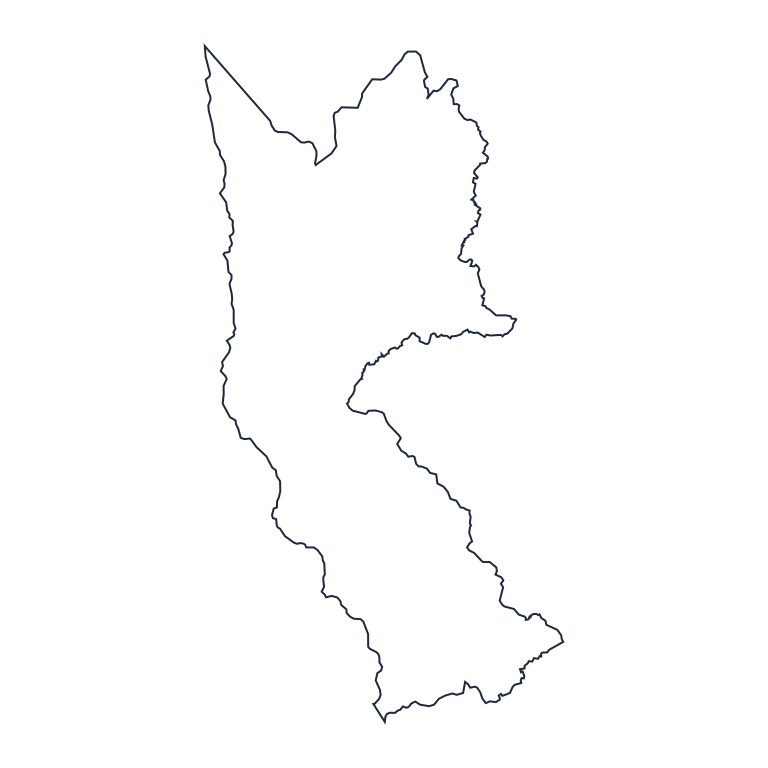 outline of Belmira, Antioquia, Colombia
{"feature_id": "7082276B19513801384430", "entity_name": "Belmira", "entity_type": "district", "adm_level": 2, "iso_a3": "COL", "parent_name": "Colombia", "parent_adm1": "Antioquia", "projection": "albers", "projection_center": [-75.634, 6.646], "detail": "fine", "context": "isolated", "style": "outline", "palette": "slate", "viewbox_px": 768, "rotation_deg": 0, "n_neighbors": 0, "source": "geoboundaries", "source_scale": "gbopen_adm2", "svg_char_len": 6089}
<svg xmlns="http://www.w3.org/2000/svg" viewBox="0 0 768 768"><path d="M373.4,704.0L384.8,721.9L385.4,716.6L387.1,713.8L390.2,712.7L395.1,712.9L397.1,711.0L400.3,709.7L402.9,706.4L406.4,707.8L408.8,706.7L411.5,703.4L415.3,701.6L420.2,704.7L429.3,706.2L434.1,704.6L439.0,698.7L445.4,695.5L452.4,693.5L456.7,694.8L463.1,693.0L465.1,681.9L468.2,684.4L470.2,687.7L475.0,686.7L477.1,687.6L480.2,692.2L482.4,698.5L485.7,703.1L490.1,701.3L495.9,702.1L499.7,699.7L499.9,698.2L498.7,695.6L499.3,695.0L501.1,694.0L502.3,695.8L503.2,695.6L510.0,692.9L512.6,686.9L514.8,684.8L521.3,683.0L520.7,680.4L521.4,678.6L521.8,678.0L523.8,678.4L524.3,676.3L522.9,672.0L522.3,671.4L521.1,672.3L520.0,669.2L524.5,668.5L524.7,665.6L527.8,663.3L528.7,661.2L532.1,661.6L534.0,658.1L538.0,658.8L539.6,656.1L541.2,656.5L541.1,653.8L542.3,652.6L547.2,652.4L549.3,649.7L563.2,641.9L561.8,639.3L561.2,635.3L557.4,629.9L546.3,624.8L545.5,620.8L541.4,618.1L539.5,614.4L538.2,615.1L536.6,614.0L533.6,614.0L531.2,615.2L530.6,617.2L529.5,616.6L528.6,619.3L525.8,619.9L525.7,617.7L524.5,616.5L518.8,614.6L514.0,609.0L504.5,606.5L502.4,604.9L499.7,600.7L503.1,587.2L500.9,583.7L503.3,580.5L501.5,577.4L495.5,574.6L496.9,571.2L496.3,567.4L489.7,562.0L483.4,562.1L482.0,561.3L474.1,552.9L469.0,550.3L467.1,547.4L469.6,543.3L472.1,541.5L469.2,532.9L469.9,527.3L471.0,525.3L469.9,523.7L470.6,516.5L469.5,513.8L469.6,510.5L466.0,509.5L463.6,507.8L460.6,507.5L456.4,500.7L450.4,498.8L448.0,492.2L443.6,486.7L437.4,483.4L436.2,474.4L430.1,472.9L426.9,468.6L421.8,466.6L418.4,466.3L416.1,463.7L414.5,457.0L412.6,456.0L408.3,456.7L405.9,453.5L401.2,450.6L397.2,443.9L400.8,438.3L399.3,435.7L388.9,424.9L386.3,420.6L383.8,413.7L382.0,412.3L375.7,410.5L368.4,410.8L366.6,413.5L365.4,413.9L352.7,410.7L349.3,407.7L347.0,403.5L348.7,402.1L348.9,399.3L353.0,394.1L354.6,390.2L354.7,386.2L360.0,379.7L362.0,378.8L361.4,378.0L362.5,375.0L362.3,372.8L363.9,371.4L363.7,369.5L364.6,369.7L365.5,365.9L367.5,363.4L368.9,362.7L369.3,364.8L374.2,364.3L375.9,360.9L376.7,361.5L377.8,361.0L378.5,357.4L382.0,356.5L381.7,354.2L383.9,356.7L387.5,353.5L388.7,353.4L388.7,350.8L390.8,349.0L395.0,347.5L396.6,348.7L397.9,348.4L400.0,346.1L402.2,345.2L401.5,342.9L402.5,341.1L404.6,339.1L407.0,338.9L408.9,337.5L411.9,333.2L414.7,333.4L415.4,335.2L419.6,337.7L419.6,341.2L426.3,344.1L428.1,343.6L429.1,342.2L431.1,334.7L433.7,333.3L435.2,333.9L436.8,336.9L438.5,336.9L441.6,334.7L442.9,335.8L447.1,335.9L450.3,338.4L451.4,336.4L456.5,335.9L461.2,334.2L463.2,331.8L467.5,329.6L469.1,332.4L470.3,331.6L473.7,333.0L477.8,332.6L484.7,337.0L486.5,334.7L490.2,335.5L500.9,334.9L502.6,336.3L504.5,334.3L507.4,333.6L512.4,328.4L513.5,323.4L516.2,319.8L515.8,318.9L511.6,318.6L510.5,316.2L505.6,315.3L496.1,315.4L489.5,309.5L486.5,308.1L485.5,306.3L482.4,305.3L484.1,298.3L482.4,297.8L481.6,295.9L483.7,294.6L484.6,292.0L484.2,289.9L481.2,286.3L477.8,273.4L479.4,269.4L478.3,267.0L476.0,264.8L474.3,266.4L470.5,266.0L472.3,260.9L471.4,259.6L470.0,259.4L466.5,262.0L464.7,262.0L460.5,260.3L458.3,258.0L458.7,256.4L461.0,253.9L461.6,248.3L463.3,245.5L461.8,245.4L463.3,242.3L464.3,242.2L463.9,241.1L465.3,239.8L464.7,238.9L468.4,236.8L468.5,235.2L473.0,233.7L471.3,229.2L475.4,226.1L476.9,226.2L477.4,222.0L476.6,221.4L477.4,221.4L480.5,214.6L477.9,213.0L478.6,210.4L480.2,209.6L480.2,208.3L475.2,205.0L476.0,204.3L474.6,203.7L475.2,202.4L473.6,201.6L473.6,200.2L471.4,199.6L475.7,195.6L473.8,191.8L475.5,183.8L472.9,182.3L473.8,178.0L476.9,178.6L477.7,177.3L474.0,172.9L474.6,170.5L480.1,164.8L480.1,163.6L485.4,163.1L487.0,161.5L487.3,158.8L488.1,158.6L487.7,156.5L482.9,152.7L484.8,149.8L484.8,147.3L487.7,143.7L486.6,141.6L483.5,139.9L480.9,135.8L479.9,133.1L480.5,131.5L478.1,129.7L478.5,127.2L476.9,125.9L476.3,122.4L470.3,119.5L467.5,120.1L464.4,118.7L459.2,112.0L458.6,109.3L459.3,105.4L457.1,104.1L453.7,104.1L453.3,98.6L451.2,94.6L453.4,88.4L457.8,86.0L456.5,80.5L451.3,79.0L448.1,79.2L440.4,89.1L437.1,91.2L433.5,90.7L426.9,98.9L428.6,94.8L427.7,88.5L425.2,87.0L424.0,81.3L424.2,79.9L427.4,76.9L424.9,72.4L420.2,55.3L415.9,51.5L407.9,51.6L404.5,54.4L401.6,59.9L395.1,66.5L391.2,72.7L384.5,78.7L381.0,79.6L372.2,79.3L362.1,93.5L362.0,97.0L357.7,107.8L341.6,107.3L337.7,111.7L334.8,112.8L333.6,115.9L335.3,130.8L334.9,137.1L336.5,146.0L331.4,153.5L315.7,165.0L315.0,163.1L316.5,155.9L316.4,151.2L312.3,143.1L308.6,141.6L304.0,142.6L301.0,142.3L291.6,134.2L287.4,132.3L277.9,132.0L274.9,130.6L271.7,125.7L270.1,120.8L204.8,46.1L205.6,56.6L210.1,74.1L209.4,76.5L205.7,79.7L208.2,91.2L210.3,96.3L210.5,99.6L208.3,105.4L208.8,110.9L212.3,124.9L214.9,142.4L219.8,151.0L220.0,155.0L224.0,161.3L225.4,166.5L225.6,173.7L223.6,180.3L224.6,183.7L224.3,187.3L219.9,193.4L226.1,202.2L227.2,210.6L229.5,214.1L229.3,217.5L232.9,221.0L232.6,224.8L233.6,231.7L232.7,233.9L229.7,236.1L231.9,243.1L231.6,245.1L229.5,247.7L229.7,251.2L228.7,252.2L224.8,252.7L223.5,254.2L227.4,260.6L228.5,271.9L231.5,275.1L231.5,278.8L229.5,283.9L231.7,293.7L232.2,299.2L231.6,303.9L233.7,309.9L233.7,323.1L235.5,328.6L233.4,332.4L234.3,334.1L233.9,335.8L226.8,340.7L229.7,345.2L230.3,348.1L228.9,352.5L222.1,362.0L222.9,366.2L220.7,371.1L225.4,376.1L226.7,379.0L223.6,385.9L223.7,394.1L222.7,403.7L230.0,417.2L235.5,420.4L236.0,424.2L238.3,428.9L240.7,437.8L244.4,439.1L249.8,438.5L250.9,439.4L256.4,447.0L266.5,456.5L272.1,467.4L275.9,470.3L276.6,475.7L280.1,481.3L280.3,491.0L279.1,496.6L277.1,501.4L276.9,507.4L273.7,508.6L272.0,515.2L272.9,518.2L276.2,519.1L276.8,525.5L277.7,527.3L280.1,528.8L285.0,536.2L294.0,542.7L297.1,543.8L300.2,543.1L303.1,543.5L305.1,544.6L306.3,547.4L314.0,547.5L317.6,550.1L322.3,556.5L322.8,560.4L324.3,563.4L324.8,574.5L323.3,577.3L323.3,580.2L324.1,586.7L321.7,591.7L324.7,594.6L326.0,597.3L331.8,595.9L337.3,597.5L340.4,601.1L341.2,604.9L346.4,609.4L346.7,613.2L350.2,616.7L353.7,618.7L360.7,619.2L363.4,621.8L368.1,634.0L368.2,646.8L369.7,648.7L376.3,652.1L378.3,654.0L379.3,656.7L379.5,662.5L382.1,666.7L381.2,670.5L377.4,673.1L375.7,680.4L379.9,689.8L380.6,695.1L379.0,699.1L374.5,703.9L373.4,704.0Z" fill="none" stroke="#1e293b" stroke-width="2"/></svg>